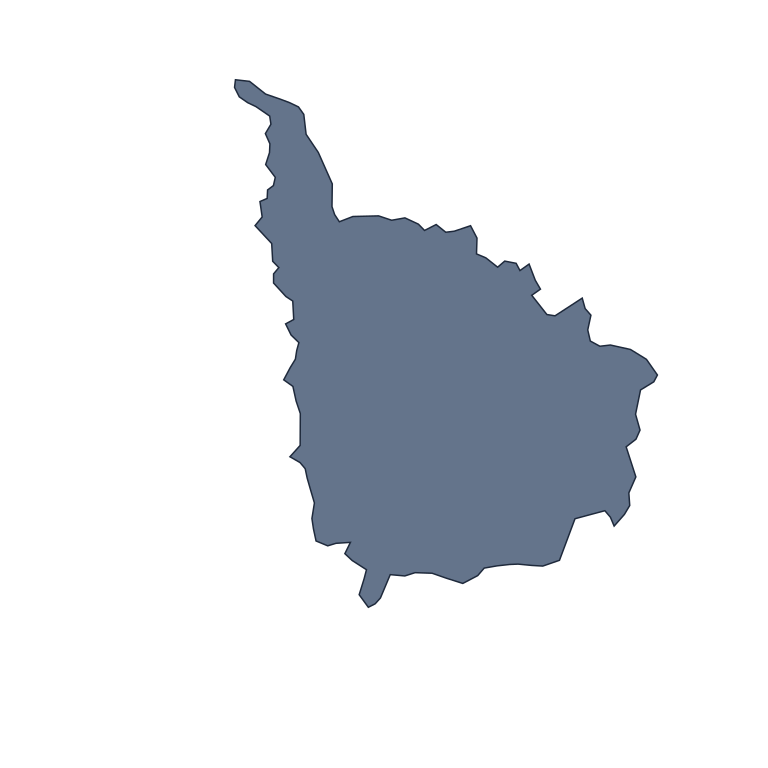 Itaara, Rio Grande do Sul, Brazil (Albers equal-area conic projection), rotated 298°
{"feature_id": "56859067B39409617821515", "entity_name": "Itaara", "entity_type": "district", "adm_level": 2, "iso_a3": "BRA", "parent_name": "Brazil", "parent_adm1": "Rio Grande do Sul", "projection": "albers", "projection_center": [-53.754, -29.56], "detail": "fine", "context": "isolated", "style": "filled", "palette": "slate", "viewbox_px": 768, "rotation_deg": 298, "n_neighbors": 0, "source": "geoboundaries", "source_scale": "gbopen_adm2", "svg_char_len": 1767}
<svg xmlns="http://www.w3.org/2000/svg" viewBox="0 0 768 768"><g transform="rotate(298 384 384)"><path d="M549.3,355.2L538.6,347.7L541.3,339.3L540.5,324.5L532.2,313.9L529.9,300.3L517.3,277.9L506.3,268.4L510.4,260.9L516.2,254.8L536.4,244.4L557.6,217.3L567.9,198.0L584.4,186.6L588.5,178.4L588.1,168.7L586.8,158.6L584.4,143.3L588.1,123.2L582.9,110.0L575.7,112.8L569.6,121.4L568.4,131.5L568.8,140.7L566.9,157.3L560.3,162.2L549.4,161.7L542.5,170.5L534.5,174.3L522.2,176.5L515.4,191.0L507.3,193.2L500.7,190.1L493.0,193.7L486.9,188.8L474.3,198.0L463.3,195.8L455.3,218.9L440.1,228.1L437.4,236.5L429.4,234.8L421.3,239.1L415.2,256.3L414.4,264.5L398.6,274.0L390.9,268.9L383.6,279.0L380.6,289.4L372.6,291.2L364.3,294.1L354.4,293.5L340.6,293.5L339.1,304.7L327.7,314.4L318.6,324.0L290.4,338.8L275.6,335.1L275.2,346.8L272.2,354.2L264.9,360.3L256.2,368.7L246.3,378.4L231.4,383.5L223.0,389.7L213.5,397.7L214.7,410.3L220.8,416.4L228.4,428.7L215.8,429.1L213.2,438.8L211.8,455.7L202.6,457.9L186.3,461.0L179.5,475.0L185.8,479.4L193.4,481.3L205.6,480.2L218.6,479.0L224.3,492.5L232.0,500.0L239.5,515.3L241.8,530.2L244.9,547.2L258.8,556.7L268.5,558.9L276.5,569.2L283.6,579.6L287.9,586.9L293.2,599.7L297.8,609.7L310.7,621.7L354.7,615.9L366.6,628.6L375.8,638.5L372.7,646.4L366.6,653.9L381.7,657.5L392.1,658.0L402.8,651.3L420.2,650.0L442.2,627.3L453.6,632.4L463.5,631.7L475.4,620.3L499.2,613.3L512.6,621.2L520.3,621.2L529.0,604.1L530.2,585.4L524.7,565.6L518.7,556.9L518.8,546.0L527.4,538.5L541.9,534.4L545.0,526.2L552.9,518.7L524.5,503.0L521.8,495.2L531.7,472.8L541.2,477.6L546.6,468.9L558.0,455.8L548.0,450.8L552.6,444.0L549.2,432.9L540.5,429.5L543.2,414.7L542.3,404.6L556.5,397.6L564.4,386.1L551.9,374.3L547.0,367.3L549.3,355.2Z" fill="#64748b" stroke="#1e293b" stroke-width="1.5"/></g></svg>